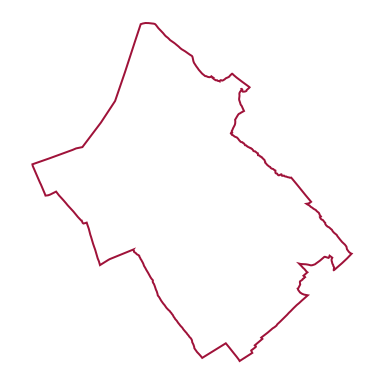 Dersca, Botosani, Romania (Robinson projection)
{"feature_id": "2599482B84441476848712", "entity_name": "Dersca", "entity_type": "district", "adm_level": 2, "iso_a3": "ROU", "parent_name": "Romania", "parent_adm1": "Botosani", "projection": "robinson", "projection_center": [26.235, 47.983], "detail": "fine", "context": "isolated", "style": "outline", "palette": "rose", "viewbox_px": 384, "rotation_deg": 0, "n_neighbors": 0, "source": "geoboundaries", "source_scale": "gbopen_adm2", "svg_char_len": 5905}
<svg xmlns="http://www.w3.org/2000/svg" viewBox="0 0 384 384"><path d="M351.6,253.7L350.6,253.3L348.9,251.9L347.0,249.3L346.4,246.6L345.0,244.7L342.0,241.9L339.7,239.1L337.5,236.3L336.7,234.9L334.1,232.8L332.8,231.4L331.9,229.8L330.7,228.8L329.6,227.8L328.7,227.1L327.5,226.6L327.1,226.1L326.5,225.7L326.0,225.1L325.2,223.8L325.2,222.8L324.4,222.1L324.1,221.6L322.8,220.0L321.7,219.6L320.7,218.7L320.5,218.4L320.2,217.6L319.9,217.1L320.9,216.5L319.5,214.6L319.3,213.7L318.8,212.8L316.7,211.1L315.8,210.0L314.1,209.1L312.9,208.3L312.7,208.0L310.6,206.7L309.6,205.6L307.2,204.3L306.5,203.8L307.9,203.6L308.7,203.3L309.5,203.0L311.1,201.8L305.9,195.6L296.6,184.1L291.2,177.6L290.0,177.8L289.4,177.5L287.4,177.1L286.2,176.5L285.2,176.5L284.3,176.0L283.9,175.6L283.3,175.8L282.5,175.8L282.0,175.7L281.8,175.6L281.7,175.2L281.6,174.8L281.6,174.5L281.3,174.3L280.7,174.5L279.4,175.2L278.8,175.3L278.3,175.2L277.6,174.5L277.2,173.7L275.7,173.2L275.4,172.4L275.3,171.8L275.5,171.0L275.4,170.5L274.3,170.0L273.3,169.1L271.5,168.5L270.6,167.8L270.2,167.0L269.0,166.4L267.1,164.8L266.6,164.2L265.8,163.2L265.3,162.8L265.1,162.5L265.2,161.7L264.8,161.0L264.3,159.7L263.5,159.2L262.9,158.4L262.1,157.8L261.8,157.2L261.4,157.1L261.0,156.7L260.4,156.6L259.8,155.9L259.1,155.4L258.8,155.4L258.0,155.2L257.8,153.9L257.9,153.4L257.3,153.2L255.2,151.4L254.9,151.3L254.2,151.3L253.6,151.0L253.3,150.8L253.2,150.3L252.2,149.2L252.0,148.9L251.3,148.7L251.0,148.2L250.4,147.9L249.6,147.8L249.2,147.4L248.1,147.0L247.5,146.4L247.0,146.3L246.9,146.2L246.2,145.4L245.0,145.2L244.3,143.8L244.2,143.6L243.7,143.4L243.5,143.2L242.8,142.8L242.5,142.3L242.0,142.1L241.2,142.1L240.4,141.6L240.0,141.0L239.4,140.5L238.0,138.6L236.9,137.5L234.5,136.5L233.6,135.7L232.6,135.1L232.1,134.9L232.2,134.4L231.8,134.1L231.0,133.7L230.8,133.4L230.9,133.1L231.1,132.9L231.5,132.7L231.8,132.6L232.2,132.4L232.1,132.0L231.8,131.6L231.7,131.3L231.9,130.7L232.4,130.0L233.0,128.4L234.8,124.9L235.2,123.4L235.3,121.1L235.1,119.8L236.8,116.9L238.0,114.9L238.6,114.1L239.0,113.8L239.9,113.4L241.1,112.6L244.0,111.0L243.1,109.1L241.8,106.2L241.4,105.5L240.9,105.0L240.4,103.9L240.3,103.3L239.2,100.0L239.1,99.0L239.5,95.8L239.4,94.6L239.4,93.2L240.0,92.0L240.4,91.4L241.6,89.8L241.7,89.5L241.4,89.0L241.7,88.9L242.3,89.6L242.4,91.2L242.6,91.5L242.9,91.7L243.8,91.7L245.0,91.5L245.7,91.3L246.4,90.9L246.7,90.0L249.0,88.0L249.6,87.3L248.9,86.7L242.2,81.8L236.4,77.4L233.7,75.1L232.4,73.8L232.1,73.7L231.9,73.8L230.3,75.3L229.7,75.9L229.4,76.5L229.0,76.8L227.9,77.4L226.2,78.1L225.7,78.4L224.6,79.4L222.7,80.5L221.7,80.5L221.2,80.2L220.6,80.2L219.8,80.8L219.7,81.4L219.1,81.1L217.7,80.8L217.5,80.7L217.0,80.2L216.0,80.3L215.7,80.2L214.2,79.3L212.9,78.2L213.0,78.0L212.4,77.8L212.2,77.5L212.2,77.4L212.7,77.3L211.7,76.6L211.4,76.3L210.4,77.0L209.5,77.2L208.7,77.1L207.5,76.8L206.4,76.2L205.2,76.1L202.1,73.6L198.7,69.7L197.7,68.2L196.4,66.5L194.0,62.8L193.4,61.2L193.0,59.2L192.5,57.0L192.1,56.2L191.7,55.8L189.9,54.7L185.1,51.3L181.6,49.2L180.0,47.9L178.7,46.6L174.3,43.0L173.0,42.1L170.1,40.1L168.7,38.6L167.6,37.6L166.8,37.0L166.0,36.4L164.9,35.3L163.1,33.1L158.4,28.2L156.2,25.3L155.3,24.3L154.8,24.0L153.9,23.7L148.7,23.1L145.5,23.0L142.8,23.5L140.7,24.2L135.1,41.1L125.0,72.1L115.1,101.0L100.9,122.6L82.4,147.1L76.1,148.4L72.6,149.9L49.0,158.5L32.4,164.3L32.7,165.8L32.9,166.3L39.3,181.1L39.4,181.3L39.5,181.5L40.0,182.7L40.9,184.5L44.7,193.5L45.5,195.6L48.1,195.3L50.1,194.6L56.1,191.6L59.0,195.4L63.4,200.2L65.9,203.1L67.6,205.2L73.4,211.5L77.9,217.0L81.3,220.6L81.7,220.6L82.6,222.8L82.9,223.1L83.4,223.5L85.7,223.0L86.3,222.7L86.7,222.6L87.3,224.5L88.8,228.8L90.4,235.0L91.0,236.7L93.1,243.8L94.2,247.0L95.2,249.8L97.7,258.4L98.9,261.3L100.0,265.1L108.5,259.8L109.8,259.1L133.4,249.5L133.2,249.8L133.3,250.2L134.0,251.0L134.0,251.7L134.2,252.0L134.5,252.3L135.5,252.8L136.1,253.5L136.9,254.3L138.6,255.2L139.2,255.7L139.2,256.2L140.4,258.4L140.7,259.2L141.4,260.1L142.1,261.5L142.6,262.3L143.4,264.0L144.0,265.8L145.5,268.3L146.2,269.7L147.9,272.5L148.3,273.2L150.6,277.4L151.7,279.0L152.3,279.6L152.8,280.2L152.9,280.8L152.7,281.7L152.8,282.0L153.3,283.1L154.0,284.1L154.9,286.5L155.9,289.6L156.7,291.3L157.1,292.5L157.6,294.3L157.8,295.5L159.0,296.9L160.5,299.5L161.2,300.7L163.2,303.5L164.8,305.4L165.3,306.2L166.5,307.9L168.5,310.0L169.8,311.1L170.5,312.2L171.2,312.8L171.7,313.7L172.8,315.0L173.7,316.8L174.7,318.1L175.0,318.8L176.8,320.8L178.1,322.8L179.5,324.5L180.3,325.6L182.3,327.7L183.4,329.4L185.7,332.1L186.1,332.5L186.8,333.3L187.2,334.0L188.7,335.7L189.0,336.3L189.8,337.3L190.7,338.1L191.3,339.0L191.7,339.7L192.1,341.0L192.2,342.1L192.3,342.4L193.4,344.5L194.2,346.9L194.3,348.0L194.6,348.6L197.1,352.1L199.1,354.2L200.8,356.1L202.2,357.9L225.8,343.3L229.1,347.3L233.7,353.1L236.6,356.7L238.8,359.6L239.6,361.0L252.3,352.9L251.5,351.3L251.2,350.5L251.6,350.1L252.5,349.5L255.7,347.0L255.9,346.6L255.8,346.3L254.8,345.3L262.4,338.9L261.2,337.6L267.6,332.7L272.6,328.4L274.5,327.2L276.0,326.0L276.5,325.6L277.0,324.7L277.6,324.0L280.1,321.7L287.2,314.7L288.8,312.9L290.6,311.2L293.3,308.4L296.8,305.0L299.1,303.1L301.9,300.5L307.8,295.3L304.1,294.6L302.1,293.8L300.1,292.5L298.3,290.1L297.7,288.6L298.2,288.4L300.2,284.5L299.9,282.5L299.9,281.8L300.2,281.2L301.5,280.4L302.6,279.5L302.6,279.2L303.0,278.8L304.1,278.1L304.3,277.7L305.0,277.2L304.3,276.5L304.4,276.4L303.5,275.7L307.4,272.3L306.8,271.9L304.4,269.0L303.1,267.9L301.6,266.2L299.1,263.6L300.8,264.0L305.9,264.3L308.3,264.7L310.7,265.3L311.4,265.3L312.3,265.2L314.7,264.4L315.3,264.1L316.0,263.5L319.9,260.7L323.5,257.6L324.2,257.0L324.7,256.8L325.0,256.8L328.5,257.9L328.9,257.6L329.2,256.9L329.3,256.5L329.6,255.7L332.3,257.7L331.6,259.2L331.6,260.4L331.6,260.8L332.0,261.9L332.2,263.0L332.6,264.1L333.2,265.1L333.3,266.0L333.7,266.6L334.1,267.3L333.7,270.1L333.8,270.2L334.3,269.9L342.1,263.1L347.1,258.4L351.6,253.7Z" fill="none" stroke="#9f1239" stroke-width="2"/></svg>